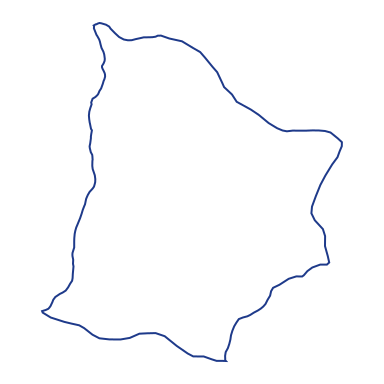 the district of Minjay, Lhuntshi, Bhutan
{"feature_id": "84629894B76587395508507", "entity_name": "Minjay", "entity_type": "district", "adm_level": 2, "iso_a3": "BTN", "parent_name": "Bhutan", "parent_adm1": "Lhuntshi", "projection": "robinson", "projection_center": [91.245, 27.585], "detail": "fine", "context": "isolated", "style": "outline", "palette": "blue", "viewbox_px": 384, "rotation_deg": 0, "n_neighbors": 0, "source": "geoboundaries", "source_scale": "gbopen_adm2", "svg_char_len": 2694}
<svg xmlns="http://www.w3.org/2000/svg" viewBox="0 0 384 384"><path d="M93.7,25.5L94.1,26.1L93.9,28.3L94.8,30.6L96.5,34.9L97.2,35.9L99.2,39.5L99.9,41.6L100.5,44.2L101.5,47.9L103.4,51.7L104.2,54.4L104.4,55.7L104.8,58.9L104.6,60.9L103.6,63.4L102.0,66.0L102.0,67.2L102.5,68.7L103.5,70.6L104.6,73.0L105.0,74.5L105.1,76.6L104.4,79.2L103.6,81.0L102.8,83.8L101.1,88.5L99.5,90.9L98.2,94.0L97.3,95.2L95.4,97.0L94.1,97.8L92.6,98.7L91.2,102.5L91.6,104.3L90.2,108.4L89.3,111.7L88.9,115.6L89.2,119.1L89.7,122.6L89.9,123.3L91.0,128.8L91.9,130.3L91.5,132.7L91.3,133.7L90.9,136.5L90.9,138.2L90.2,143.4L89.6,146.3L89.8,148.1L90.8,152.2L92.2,154.8L92.4,156.4L92.6,159.7L92.4,160.9L92.3,164.9L92.3,166.0L92.7,169.1L93.8,172.3L94.1,173.2L94.8,175.3L95.3,179.1L95.2,182.1L94.8,183.8L94.0,186.6L92.7,188.5L89.6,191.9L87.8,195.0L86.7,197.5L86.1,199.0L85.0,204.4L84.4,205.7L82.8,209.8L81.6,213.8L80.1,218.2L77.3,225.0L76.2,227.6L75.3,230.8L74.7,233.8L74.3,238.1L74.2,241.2L74.2,243.3L74.2,247.5L72.5,253.0L72.4,254.9L72.5,256.2L73.2,259.8L73.0,263.8L73.5,266.4L72.8,274.0L72.6,278.1L72.1,280.8L70.2,283.6L68.1,287.4L65.7,290.6L62.6,292.6L59.9,293.9L57.4,295.6L55.3,297.0L54.3,298.4L53.3,299.7L52.3,302.3L51.2,304.6L50.5,306.1L49.4,307.6L48.3,308.8L45.7,310.0L42.1,311.1L42.7,312.6L50.7,317.5L64.4,321.9L71.5,323.6L79.2,325.3L84.1,328.1L92.5,334.7L99.4,338.3L109.3,339.4L120.4,339.5L129.8,337.9L139.4,333.7L147.2,333.3L155.6,333.1L164.7,336.2L176.7,345.9L187.7,353.5L193.2,356.4L203.8,356.5L211.7,359.3L216.7,360.9L223.2,360.9L225.9,361.0L225.2,360.2L225.2,358.4L225.1,355.9L225.7,352.1L227.9,348.1L229.3,343.9L230.4,339.5L231.0,335.3L232.4,330.7L234.2,326.3L236.4,322.6L238.8,319.1L242.9,317.5L247.4,316.3L250.3,314.9L253.9,312.6L257.9,310.5L260.8,308.6L263.3,306.5L265.5,304.0L267.6,299.8L270.1,295.7L271.1,291.2L273.1,287.8L279.4,284.8L288.7,278.8L296.3,276.4L302.1,276.5L303.8,275.3L307.4,271.1L312.3,267.5L320.2,264.6L326.9,264.6L329.2,262.5L327.8,256.2L325.0,246.1L325.1,236.1L322.9,229.1L314.8,220.3L311.4,213.3L312.0,206.6L315.9,196.0L320.4,184.9L325.4,175.5L332.2,164.4L337.5,157.2L339.6,151.4L341.8,146.2L341.9,142.2L337.7,138.3L330.5,132.5L325.0,131.0L319.1,130.5L312.6,130.4L305.2,130.7L300.1,130.7L292.8,130.6L286.9,131.3L282.6,130.5L277.1,128.2L268.7,123.1L258.9,115.0L250.9,109.6L236.7,101.8L232.0,94.5L224.1,87.1L222.6,83.7L217.2,72.2L212.5,66.8L204.9,57.5L200.2,52.1L192.9,47.9L182.0,41.3L169.3,38.5L161.0,35.6L157.7,35.7L155.6,36.7L152.2,37.2L147.5,37.3L143.9,37.3L140.4,38.1L135.8,39.1L131.7,40.2L128.0,40.3L123.8,39.5L119.1,37.0L115.0,33.2L110.6,28.7L109.2,26.6L106.0,24.7L101.3,23.3L99.5,23.0L97.9,23.5L96.4,24.3L95.7,24.3L94.7,24.9L93.7,25.5Z" fill="none" stroke="#1e3a8a" stroke-width="2"/></svg>